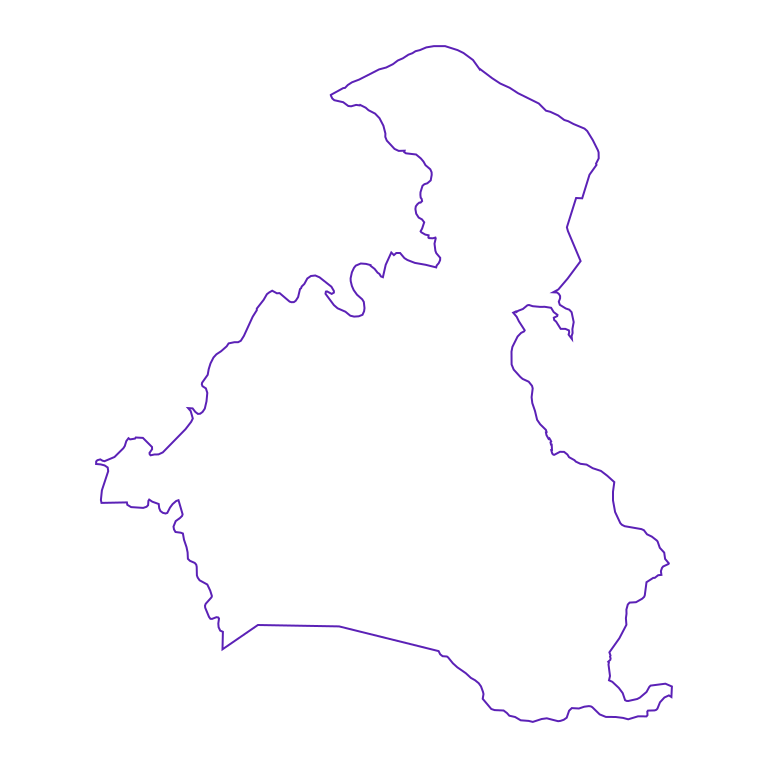 outline of San Fernando, Bolívar, Colombia
{"feature_id": "7082276B31468008536836", "entity_name": "San Fernando", "entity_type": "district", "adm_level": 2, "iso_a3": "COL", "parent_name": "Colombia", "parent_adm1": "Bolívar", "projection": "mercator", "projection_center": [-74.356, 9.108], "detail": "fine", "context": "isolated", "style": "outline", "palette": "violet", "viewbox_px": 768, "rotation_deg": 0, "n_neighbors": 0, "source": "geoboundaries", "source_scale": "gbopen_adm2", "svg_char_len": 6083}
<svg xmlns="http://www.w3.org/2000/svg" viewBox="0 0 768 768"><path d="M671.4,697.0L671.9,686.5L665.4,683.7L650.6,685.6L649.3,686.9L646.5,692.0L639.9,697.6L637.2,699.0L628.2,701.0L626.6,700.9L625.1,700.2L622.7,693.1L618.8,687.9L612.3,681.8L609.0,680.3L610.0,676.0L608.5,664.5L608.9,662.6L608.2,661.8L610.3,659.8L610.6,658.3L610.0,656.7L610.5,655.6L609.4,652.3L619.4,638.2L626.4,624.8L625.9,618.2L626.5,613.8L626.4,609.6L627.8,604.5L629.6,602.6L636.0,602.2L642.2,598.7L644.2,596.8L644.8,595.2L646.5,582.2L653.2,577.9L654.7,577.9L658.2,575.2L661.4,574.9L660.9,571.1L662.0,567.9L663.1,566.5L668.5,564.0L668.8,563.3L665.1,558.9L664.2,552.6L659.8,547.8L657.6,541.5L656.8,540.5L651.8,536.6L647.0,534.3L643.9,530.2L641.4,529.1L624.7,526.2L621.9,524.8L620.3,523.1L615.1,512.0L613.0,500.4L613.0,491.7L614.3,482.1L607.2,475.7L600.9,470.9L592.7,468.2L586.6,464.6L580.4,463.8L575.8,461.6L574.5,460.2L569.1,457.2L567.4,454.5L564.1,451.9L560.0,451.8L554.3,454.8L553.4,454.7L552.3,453.6L551.2,450.1L552.0,450.0L551.7,444.6L551.0,444.6L550.5,442.3L551.2,441.6L550.6,440.3L549.4,438.3L548.6,438.9L546.5,435.2L545.9,432.3L546.6,432.0L545.9,429.9L540.2,424.3L537.1,419.8L535.0,411.0L532.3,403.1L531.6,397.2L532.7,388.4L532.0,385.8L528.7,381.7L522.6,378.9L520.3,376.9L513.7,369.6L511.6,364.5L511.5,351.6L512.4,346.9L517.6,336.5L521.1,332.9L524.1,331.4L524.7,330.3L518.9,321.3L516.7,316.8L513.2,312.7L516.0,311.4L516.6,311.3L516.6,311.9L518.4,310.7L522.9,309.0L527.4,305.3L529.0,305.0L532.7,306.2L540.4,306.9L544.7,306.8L551.1,307.8L553.7,312.1L557.5,314.9L557.2,316.1L553.8,317.7L554.2,320.0L556.1,321.6L560.7,328.9L565.4,328.9L568.9,330.4L569.2,332.3L568.6,334.6L571.9,339.0L571.6,336.2L572.6,333.0L572.4,329.1L573.7,322.1L571.6,312.2L569.3,309.7L565.8,308.5L559.8,304.8L558.8,301.7L560.1,298.3L560.1,296.0L559.0,294.1L557.1,292.5L553.1,292.3L558.3,289.5L567.6,278.6L580.6,261.1L567.9,231.0L566.9,227.3L576.1,198.0L582.2,198.3L589.5,174.7L596.5,164.9L596.0,163.7L598.7,158.4L598.6,152.4L597.9,150.3L592.8,140.1L587.2,131.0L584.5,128.6L573.5,124.0L568.2,121.2L564.3,120.0L558.1,115.4L550.3,111.8L546.0,110.7L538.8,103.5L518.0,93.2L509.7,87.8L500.2,83.5L492.0,78.1L480.1,69.1L479.8,69.5L473.0,60.0L463.5,53.0L457.6,50.1L445.0,46.1L434.1,46.1L426.3,47.4L419.9,50.1L415.5,51.2L412.4,53.2L408.4,54.7L402.9,58.3L397.8,60.5L392.9,64.2L386.2,67.5L379.1,69.4L359.1,79.6L352.0,82.3L347.8,85.0L345.0,87.9L343.2,88.1L330.8,94.9L330.9,95.6L332.3,98.5L334.3,100.2L343.2,102.2L348.3,106.0L351.1,106.3L356.1,104.9L359.7,105.4L360.1,104.9L365.7,107.7L368.5,110.2L375.1,113.6L379.5,118.2L383.4,125.7L385.4,133.5L385.3,136.9L386.8,140.6L394.5,148.9L398.7,150.9L404.6,150.7L404.2,152.1L405.9,153.3L416.1,154.5L420.9,158.5L423.5,161.6L425.5,165.2L430.3,169.3L431.6,172.3L431.7,174.9L430.7,180.4L427.3,183.3L424.4,184.2L422.5,185.8L420.5,192.2L420.4,194.9L420.7,197.7L421.6,198.8L422.1,201.1L420.6,202.6L419.3,202.6L417.4,204.2L415.8,206.4L415.4,209.0L416.2,213.7L418.7,217.6L422.0,219.4L424.2,222.3L422.1,228.6L420.6,231.3L421.3,232.3L425.3,234.6L428.6,235.3L428.4,237.6L429.0,238.1L432.8,238.3L435.4,237.6L435.7,238.4L434.5,243.7L435.4,250.8L436.3,253.2L440.2,257.8L440.1,260.2L438.7,263.2L436.7,265.5L436.2,267.4L425.7,264.8L414.9,262.9L407.4,260.0L404.4,258.1L400.1,253.0L396.3,253.0L393.9,255.1L391.3,252.5L385.7,264.8L382.9,277.2L380.9,276.4L379.4,273.9L377.6,272.7L374.6,268.9L370.6,265.8L370.6,265.1L366.0,263.9L360.8,263.5L355.8,265.6L354.0,267.8L351.9,272.3L350.6,278.3L350.7,281.1L351.9,286.0L353.7,290.1L357.0,294.7L362.2,299.3L363.8,301.9L364.5,308.1L364.1,311.2L362.5,314.8L358.7,316.3L354.1,316.6L350.3,315.7L345.4,311.7L337.6,308.3L333.9,305.1L325.5,293.8L325.9,291.6L327.0,291.4L331.7,293.9L333.9,292.6L333.9,291.0L331.4,286.7L319.5,277.3L315.3,275.5L310.9,276.0L307.3,278.5L304.3,284.0L301.7,286.5L301.1,288.2L300.0,289.1L298.1,297.1L295.7,300.8L293.9,302.1L291.5,302.2L289.6,301.6L279.6,293.1L276.9,293.3L272.2,290.7L269.1,292.5L266.9,294.2L263.6,299.9L256.8,308.6L256.8,310.2L252.7,316.7L243.9,335.9L240.8,340.8L238.1,342.2L234.4,342.2L228.6,343.4L226.7,346.3L221.0,351.3L216.4,354.3L213.5,357.5L210.5,363.4L208.7,369.2L207.7,374.8L202.1,382.7L201.8,384.3L202.5,386.2L205.9,388.4L207.3,392.9L206.5,401.3L204.8,408.6L202.6,411.9L200.2,413.7L197.9,413.9L195.3,411.9L192.6,408.4L188.1,408.1L190.7,411.1L192.8,418.5L191.2,421.8L185.5,429.2L162.8,452.4L158.5,454.4L154.3,454.5L150.6,455.3L149.7,454.3L149.5,452.9L152.1,449.2L152.0,447.0L142.9,437.9L135.8,437.5L135.0,438.6L130.1,439.4L128.5,438.2L126.3,441.1L124.8,446.0L123.4,448.2L114.5,457.0L104.5,461.2L102.5,460.7L100.3,459.4L97.4,460.2L96.2,461.4L96.1,464.0L100.7,464.4L104.6,465.4L107.7,467.5L108.2,471.2L101.9,490.3L100.9,500.0L101.5,502.9L126.9,502.4L127.3,504.8L131.1,507.1L143.2,507.9L146.5,506.8L148.1,505.2L148.4,500.9L149.2,499.6L152.3,501.7L158.7,504.0L159.2,508.1L160.4,511.0L162.8,512.8L165.6,513.5L167.3,512.9L170.0,507.6L172.6,504.1L176.2,501.0L178.5,500.2L182.6,514.3L182.1,515.9L180.1,517.9L175.7,521.1L173.5,526.6L174.0,529.4L175.5,532.0L180.8,532.7L182.9,533.5L184.0,539.7L186.5,547.1L187.6,552.4L187.9,558.8L189.9,560.8L194.7,562.9L196.2,564.6L196.7,566.8L196.9,575.4L197.7,577.6L199.6,580.3L207.3,584.5L210.2,590.6L211.9,596.0L211.5,597.3L205.7,603.8L205.0,605.7L205.2,607.7L209.0,616.9L210.4,618.8L212.0,618.9L216.4,617.2L218.3,617.5L219.0,618.6L218.3,623.5L218.6,627.2L220.2,630.6L222.9,631.8L222.5,649.3L257.9,625.0L339.1,626.4L438.6,651.1L440.2,654.3L442.6,656.2L446.9,656.5L448.1,657.4L452.9,663.3L457.3,667.3L465.8,673.2L470.9,677.9L475.0,680.2L478.7,683.2L481.0,686.4L483.0,691.9L483.5,694.1L482.7,698.8L491.3,709.0L494.6,710.1L503.6,710.5L507.0,713.1L509.3,715.7L515.1,717.0L520.7,720.3L528.6,720.9L532.8,721.9L541.7,719.0L546.8,718.3L558.1,721.2L560.4,720.9L563.7,719.8L566.7,717.7L569.1,710.7L571.8,708.1L578.9,708.5L584.3,706.7L588.9,706.1L590.9,706.4L592.3,707.2L599.7,714.4L605.8,716.9L615.7,717.0L623.0,717.9L628.2,719.3L638.1,716.3L646.5,716.4L647.5,715.1L647.3,711.5L648.0,710.6L654.7,710.4L656.3,709.8L657.4,708.7L660.0,702.3L664.4,697.5L668.9,695.4L671.4,697.0Z" fill="none" stroke="#5b21b6" stroke-width="2"/></svg>